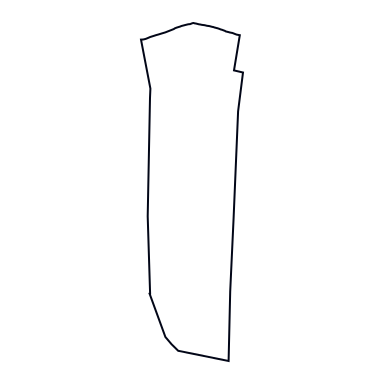 outline of Sidi Barani, Matruh, Egypt
{"feature_id": "37247803B34514127980105", "entity_name": "Sidi Barani", "entity_type": "district", "adm_level": 2, "iso_a3": "EGY", "parent_name": "Egypt", "parent_adm1": "Matruh", "projection": "mercator", "projection_center": [25.953, 30.453], "detail": "fine", "context": "isolated", "style": "outline", "palette": "ink", "viewbox_px": 384, "rotation_deg": 0, "n_neighbors": 0, "source": "geoboundaries", "source_scale": "gbopen_adm2", "svg_char_len": 1138}
<svg xmlns="http://www.w3.org/2000/svg" viewBox="0 0 384 384"><path d="M239.8,35.2L236.6,34.6L235.0,34.0L234.3,33.7L233.5,33.4L233.3,33.3L232.2,32.9L231.4,32.8L230.6,32.6L229.9,32.5L228.9,32.2L228.6,32.1L227.7,31.9L225.7,31.4L224.8,30.8L223.9,30.5L222.6,30.0L222.4,29.9L220.6,29.4L219.4,28.9L218.3,28.5L217.9,28.4L217.4,28.2L216.3,28.0L215.8,27.8L215.4,27.7L214.5,27.5L213.5,27.1L213.1,27.0L212.9,27.0L211.6,26.7L210.5,26.4L209.8,26.2L209.3,26.1L208.9,26.0L208.5,26.0L208.1,25.9L207.8,25.9L207.4,25.9L207.1,25.8L206.6,25.7L205.5,25.4L205.0,25.3L204.7,25.2L203.9,25.1L203.0,25.0L201.6,24.8L200.3,24.5L198.9,24.3L197.4,23.9L195.8,23.5L194.9,23.4L193.5,23.0L192.4,23.2L190.1,24.1L188.1,24.3L185.3,25.0L183.4,25.5L181.4,26.0L180.3,26.5L176.7,27.6L174.9,28.3L173.9,29.0L170.9,30.2L165.3,32.4L161.6,33.5L158.4,34.5L156.2,35.1L153.1,36.1L150.2,37.0L148.6,37.7L147.2,38.3L145.7,38.9L144.1,39.3L143.1,39.5L141.0,39.6L150.4,88.6L150.0,97.9L147.7,216.3L150.1,293.6L149.6,293.7L165.4,337.0L171.5,344.2L178.2,350.8L228.6,361.0L230.2,291.5L233.6,218.1L238.1,111.3L243.0,72.5L234.0,70.4L239.8,35.2Z" fill="none" stroke="#020617" stroke-width="2"/></svg>